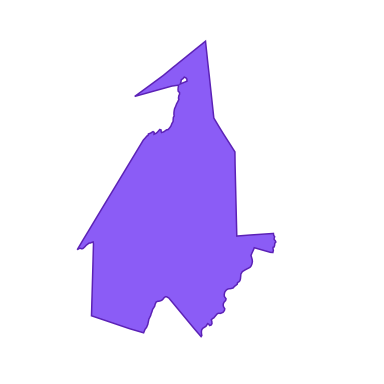 the district of Coroatá, Maranhão, Brazil, rotated 196°
{"feature_id": "56859067B50096291578715", "entity_name": "Coroatá", "entity_type": "district", "adm_level": 2, "iso_a3": "BRA", "parent_name": "Brazil", "parent_adm1": "Maranhão", "projection": "equal_earth", "projection_center": [-44.19, -4.166], "detail": "fine", "context": "isolated", "style": "filled", "palette": "violet", "viewbox_px": 384, "rotation_deg": 196, "n_neighbors": 0, "source": "geoboundaries", "source_scale": "gbopen_adm2", "svg_char_len": 2606}
<svg xmlns="http://www.w3.org/2000/svg" viewBox="0 0 384 384"><g transform="rotate(196 192 192)"><path d="M161.8,242.4L178.0,256.7L183.8,262.0L191.4,269.1L200.7,291.9L207.0,307.4L212.9,321.7L220.6,340.7L230.6,326.5L244.7,306.4L251.9,295.9L261.6,283.3L273.4,268.1L240.5,288.3L234.4,291.0L234.0,288.2L233.6,286.4L233.0,285.0L231.4,284.2L230.9,282.6L231.2,281.0L230.9,278.5L230.2,277.6L230.5,275.1L230.8,273.8L231.1,272.6L231.2,271.1L231.4,269.1L231.7,267.5L231.6,265.8L231.3,263.7L230.8,261.7L230.1,260.2L230.5,258.6L230.1,256.5L229.6,254.6L230.2,252.3L230.4,249.9L230.9,248.2L231.5,246.8L232.3,245.3L233.4,244.9L234.4,243.8L235.4,242.4L236.3,241.6L237.7,240.8L238.4,241.7L238.8,243.1L240.2,243.2L240.9,241.7L241.7,240.0L242.6,238.6L244.4,237.1L244.8,238.9L246.1,239.3L247.2,238.2L248.1,237.1L249.9,235.8L249.9,234.1L250.8,233.4L251.7,231.3L253.1,228.5L256.5,215.9L269.1,169.3L273.1,154.6L276.6,141.6L281.3,124.1L283.8,114.9L286.4,104.9L284.9,106.6L283.8,107.1L282.2,107.0L281.2,107.7L280.2,109.3L279.6,110.4L279.0,111.7L277.9,113.1L276.9,114.5L275.7,114.9L274.6,115.8L273.3,116.7L272.4,114.9L267.3,95.2L262.4,76.1L256.7,53.9L256.2,52.0L254.5,45.3L241.8,44.7L214.4,43.4L199.7,43.3L199.3,47.1L198.4,49.2L198.0,52.5L198.4,57.9L197.7,61.8L197.7,63.8L197.5,65.9L197.5,68.3L196.9,70.2L196.4,72.0L196.5,74.0L196.1,76.4L195.0,77.4L193.7,77.9L192.5,78.6L191.2,79.6L190.3,81.1L189.7,82.7L188.6,84.1L187.5,84.3L186.4,84.0L185.2,83.8L180.5,80.6L152.0,61.1L143.4,55.5L143.0,56.7L144.1,59.1L144.5,60.5L144.7,62.3L144.0,64.0L142.8,65.4L141.6,66.7L141.1,68.3L140.7,69.8L139.5,69.6L138.3,68.5L137.0,69.3L136.5,70.9L137.2,72.9L138.2,74.5L137.3,76.1L136.4,76.9L135.6,78.7L134.3,81.6L133.4,82.6L131.1,83.2L129.0,84.9L128.2,87.0L128.3,88.8L129.1,89.5L130.0,90.3L130.7,91.5L131.1,93.1L130.8,95.0L129.8,96.9L129.8,98.7L132.1,100.5L132.7,102.1L132.9,104.0L132.8,105.3L132.1,107.0L131.4,108.0L130.2,109.0L128.1,109.8L126.0,111.1L125.2,112.9L123.8,114.8L123.1,115.8L123.3,117.4L122.1,118.7L121.5,120.0L121.5,121.9L121.9,124.1L122.4,126.6L121.7,129.2L120.9,130.2L119.6,131.6L118.4,132.8L116.7,134.4L115.5,135.6L114.9,136.9L114.6,138.7L114.6,140.0L114.8,141.9L115.6,143.8L117.8,147.3L117.6,149.4L116.9,154.0L116.8,155.6L114.7,155.6L100.0,155.6L97.6,156.1L97.7,158.3L98.5,159.8L98.8,161.2L97.9,161.8L97.9,163.6L98.3,165.5L97.6,167.0L98.4,168.0L99.9,169.0L100.3,170.2L100.2,171.8L101.5,172.8L102.3,174.6L124.2,166.7L136.8,162.0L145.7,190.4L158.2,230.4L161.8,242.4ZM233.1,292.6L233.0,295.0L233.2,297.0L232.0,298.4L231.1,300.3L229.2,300.0L228.0,299.1L227.4,297.1L233.1,292.6Z" fill="#8b5cf6" stroke="#5b21b6" stroke-width="1.5"/></g></svg>